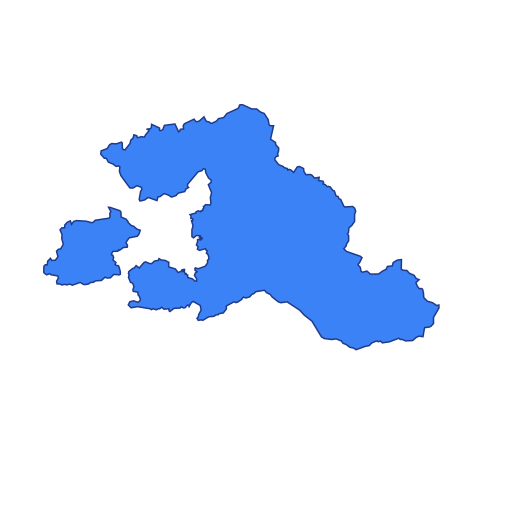 outline of Cao Loc, Lạng Sơn, Vietnam, rotated 31°
{"feature_id": "81297802B94679881937971", "entity_name": "Cao Loc", "entity_type": "district", "adm_level": 2, "iso_a3": "VNM", "parent_name": "Vietnam", "parent_adm1": "Lạng Sơn", "projection": "orthographic", "projection_center": [106.799, 21.875], "detail": "fine", "context": "isolated", "style": "filled", "palette": "blue", "viewbox_px": 512, "rotation_deg": 31, "n_neighbors": 0, "source": "geoboundaries", "source_scale": "gbopen_adm2", "svg_char_len": 6101}
<svg xmlns="http://www.w3.org/2000/svg" viewBox="0 0 512 512"><g transform="rotate(31 256 256)"><path d="M409.0,265.4L414.6,260.8L420.8,252.9L422.7,253.3L423.9,252.3L428.0,251.7L433.8,247.8L435.3,243.2L437.0,240.7L440.7,239.2L437.4,230.6L441.2,227.6L442.2,226.1L442.9,222.3L439.8,217.3L439.6,206.3L438.0,203.8L436.4,205.4L431.4,205.1L426.2,206.5L421.2,205.2L418.5,201.3L415.9,198.7L414.7,198.6L412.8,199.9L410.2,199.0L406.8,196.5L408.0,192.3L404.8,192.8L401.5,191.1L396.2,191.8L392.8,190.7L389.3,192.5L387.3,192.5L382.5,184.1L379.3,186.7L377.4,190.0L377.0,191.3L378.0,194.2L374.0,197.3L374.4,200.6L372.4,203.4L370.3,208.3L363.4,212.6L358.8,211.8L355.8,214.9L354.1,215.2L351.2,212.0L348.1,211.1L347.8,210.5L348.2,208.0L347.7,202.8L345.5,202.5L331.2,205.5L327.5,204.5L328.1,200.9L327.4,198.8L327.6,195.3L324.9,190.8L323.1,190.0L323.1,188.1L321.2,184.2L322.4,180.3L322.7,175.6L319.1,169.6L318.5,166.4L315.9,164.2L313.3,163.8L306.9,168.2L305.5,168.0L299.5,163.9L297.6,164.2L295.7,162.7L293.8,163.4L289.7,159.9L287.8,160.2L284.2,158.6L282.4,158.9L281.3,159.9L278.5,159.2L276.5,159.7L276.1,158.2L274.9,157.4L270.9,159.1L269.6,156.0L266.1,159.1L262.1,157.9L260.3,158.3L257.0,160.6L253.6,158.9L251.7,156.5L247.2,156.9L245.5,158.3L245.2,165.0L241.5,164.3L239.8,164.7L238.9,166.0L237.8,164.9L234.4,165.8L233.5,165.3L228.3,166.0L222.6,163.8L221.9,162.7L222.1,160.3L223.4,158.9L221.8,157.2L221.4,154.7L219.9,151.8L215.8,150.5L214.1,148.6L208.3,148.4L204.0,135.3L200.8,137.1L199.4,136.6L196.3,132.9L189.6,129.6L185.6,130.3L180.8,129.6L176.5,132.2L166.9,133.2L164.9,134.2L164.1,135.2L164.7,136.9L164.5,139.0L157.7,148.8L157.0,154.0L153.1,157.6L152.7,160.6L150.0,164.8L148.8,165.6L147.1,165.2L143.9,166.1L139.7,163.5L138.0,169.2L136.4,171.2L135.1,171.7L132.4,170.6L126.5,179.6L126.5,181.8L128.5,184.4L125.9,186.3L126.3,187.9L125.7,189.4L118.5,184.6L110.2,191.2L111.0,195.7L109.9,197.6L108.7,198.0L107.4,196.0L98.7,196.9L100.1,199.9L100.0,201.2L96.8,203.7L99.2,203.2L99.8,203.8L98.9,208.8L99.1,211.6L96.3,212.7L93.8,215.4L93.1,215.5L91.8,214.3L88.9,215.0L89.9,218.1L89.0,221.2L90.1,224.4L89.0,232.7L86.4,233.0L83.1,228.0L82.0,227.7L78.4,231.9L74.4,233.9L73.2,236.1L73.1,240.6L69.1,245.6L70.5,248.7L75.6,250.3L77.5,249.4L81.1,251.6L86.2,250.8L90.0,251.2L91.7,249.6L93.3,249.6L95.4,253.9L98.8,256.7L112.8,262.6L115.4,261.3L117.8,257.0L122.3,256.2L123.7,257.4L123.9,260.4L126.8,267.8L128.3,268.6L131.6,265.4L133.5,261.3L142.6,259.5L141.5,255.8L143.1,254.6L145.0,249.9L149.4,248.9L153.3,249.0L156.3,245.4L157.0,242.1L161.7,237.5L161.5,234.7L162.9,232.0L161.4,231.5L160.4,229.8L163.0,213.7L165.6,210.8L166.0,208.3L167.8,207.7L170.1,210.5L175.2,213.6L178.6,214.1L179.6,215.9L178.4,219.4L185.3,224.6L186.8,229.5L190.1,233.9L190.5,235.9L186.2,238.0L186.1,239.8L185.4,240.6L186.5,241.6L186.3,243.3L186.9,244.5L185.6,245.4L185.7,246.6L183.2,247.0L181.9,249.0L182.4,250.0L178.1,254.5L179.7,255.1L180.7,257.2L182.7,256.7L183.5,258.5L182.5,258.9L186.5,262.6L187.6,266.6L191.1,272.4L193.2,272.6L194.3,269.2L197.4,267.5L198.2,267.5L197.8,268.9L199.8,268.5L198.9,269.9L199.2,270.4L200.7,269.4L200.4,270.7L197.7,271.6L197.5,272.3L198.5,273.5L199.2,277.2L201.7,278.0L202.2,280.3L204.7,280.3L208.9,275.7L210.2,276.7L211.7,276.7L212.0,279.1L214.1,279.5L216.5,281.6L217.1,283.4L216.6,284.6L218.1,287.0L217.7,291.0L213.0,296.7L210.2,297.4L210.0,298.0L211.0,299.6L213.6,299.9L212.8,301.5L213.1,304.2L216.9,306.2L218.0,308.1L217.0,308.8L212.9,308.4L208.6,309.6L207.2,307.5L206.4,307.9L205.2,307.1L204.6,307.9L202.4,306.0L201.4,306.9L201.1,305.6L202.0,304.8L201.6,304.3L199.7,305.8L199.7,307.8L197.6,310.3L193.6,308.6L186.7,310.3L184.5,306.3L180.3,306.6L177.0,308.2L174.2,308.2L174.6,310.0L171.6,312.6L170.5,316.3L168.2,317.4L164.3,317.9L163.3,319.4L162.1,326.4L158.2,326.0L157.8,328.9L156.5,330.6L155.0,334.9L155.8,336.9L156.8,337.3L157.7,340.0L162.0,343.2L164.3,342.8L167.2,345.2L167.8,348.2L169.0,349.5L173.3,347.9L175.1,350.2L176.8,350.7L179.1,352.6L179.6,353.7L178.9,356.4L174.1,357.5L171.4,360.2L171.7,363.7L175.6,364.7L180.6,360.4L192.6,355.7L193.9,355.9L195.0,354.2L198.4,353.4L199.4,351.5L200.6,350.9L201.6,348.5L204.5,349.0L208.4,346.1L209.8,347.8L210.8,347.9L212.7,343.1L217.8,339.7L218.1,338.0L220.5,337.9L221.9,336.8L222.5,333.3L223.7,333.0L224.7,333.8L224.6,329.4L225.5,327.3L233.7,327.1L236.8,330.6L237.0,335.5L237.9,338.1L237.5,339.8L239.7,340.9L242.0,338.9L243.5,338.6L246.7,332.5L251.0,329.4L252.2,326.9L253.8,325.9L254.0,324.5L257.3,321.7L257.9,316.6L256.3,314.2L260.8,306.5L262.8,306.3L264.0,305.0L266.0,300.8L266.3,297.8L269.0,297.1L271.6,294.3L272.2,291.0L273.4,289.5L274.3,286.6L280.9,281.0L284.0,282.0L288.1,281.6L290.9,282.8L298.7,283.8L301.3,283.3L306.2,279.3L321.3,279.9L327.8,281.8L337.5,283.0L353.7,291.6L357.0,291.6L363.9,288.6L367.3,285.8L372.9,284.9L375.6,286.0L378.9,285.4L383.4,285.9L387.3,284.6L390.0,284.8L396.1,277.3L399.2,274.5L400.0,270.9L403.0,266.8L404.9,266.5L406.8,264.8L409.0,265.4ZM143.5,293.5L140.2,294.3L135.9,293.5L133.4,294.1L129.0,293.1L128.6,292.4L125.6,291.3L120.4,292.1L117.5,287.8L115.9,287.3L105.8,289.5L104.5,290.2L108.7,292.6L108.7,294.7L110.8,297.7L110.4,299.4L99.7,308.2L99.3,310.5L98.2,312.0L92.6,313.6L83.9,318.1L81.9,320.3L81.6,323.9L78.8,321.5L78.3,322.0L76.8,324.5L76.1,328.1L77.5,330.2L74.9,332.1L74.6,334.6L78.8,337.6L80.5,341.1L84.8,345.2L84.9,350.5L83.2,352.0L82.5,354.6L86.6,358.6L86.2,363.0L83.1,365.0L81.0,363.8L80.1,367.7L81.6,371.1L79.9,372.0L79.5,374.0L82.2,378.9L83.1,379.7L86.3,379.9L88.3,377.4L89.9,377.7L96.3,375.2L97.9,376.5L98.1,380.4L99.8,382.4L102.8,380.8L104.4,380.9L106.7,378.8L108.9,378.1L110.7,376.0L113.6,375.6L118.9,369.2L122.9,369.2L124.4,368.4L127.0,366.1L127.8,364.0L130.3,362.1L131.2,360.0L136.1,356.6L137.5,351.9L139.7,351.6L142.4,349.7L143.6,345.0L148.5,342.6L149.1,341.6L148.0,339.6L144.8,336.4L143.1,335.2L140.6,336.1L139.6,335.8L139.3,333.7L135.5,333.1L134.7,330.6L132.9,329.1L131.4,329.4L130.9,327.3L130.9,326.1L131.8,325.2L135.1,323.1L135.1,321.4L135.9,321.5L136.5,320.5L137.9,317.1L141.1,314.7L140.3,313.0L137.6,311.5L137.8,306.7L138.1,305.6L144.1,300.2L144.4,297.5L143.5,293.5Z" fill="#3b82f6" stroke="#1e3a8a" stroke-width="1.5"/></g></svg>